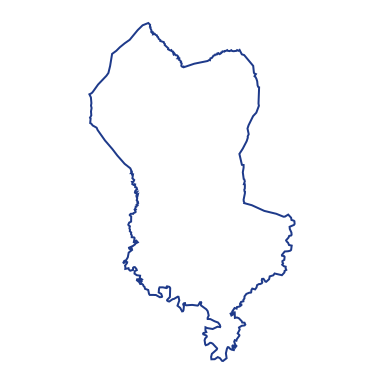 Phana, Amnat Charoen, Thailand (orthographic projection)
{"feature_id": "78962969B53965297473531", "entity_name": "Phana", "entity_type": "district", "adm_level": 2, "iso_a3": "THA", "parent_name": "Thailand", "parent_adm1": "Amnat Charoen", "projection": "orthographic", "projection_center": [104.854, 15.662], "detail": "fine", "context": "isolated", "style": "outline", "palette": "blue", "viewbox_px": 384, "rotation_deg": 0, "n_neighbors": 0, "source": "geoboundaries", "source_scale": "gbopen_adm2", "svg_char_len": 5997}
<svg xmlns="http://www.w3.org/2000/svg" viewBox="0 0 384 384"><path d="M234.6,350.3L232.8,348.8L232.4,345.9L232.9,345.4L234.0,345.7L234.4,347.4L235.0,347.8L236.4,346.0L235.3,344.8L234.2,341.7L234.8,340.2L236.4,340.7L236.8,339.2L239.4,335.6L239.3,334.9L237.7,333.4L239.7,329.6L239.0,327.5L241.7,325.8L244.6,325.4L245.3,324.6L244.5,322.7L242.2,322.5L241.7,321.2L238.8,318.2L237.0,317.5L234.9,317.9L234.7,312.3L234.3,312.3L234.1,313.5L233.4,314.3L231.4,315.5L230.6,313.6L232.2,312.8L232.2,311.6L234.6,308.0L236.6,308.6L236.9,307.1L239.6,306.5L241.4,305.2L241.4,304.6L240.1,304.5L240.0,303.9L241.1,301.9L243.4,301.3L243.4,299.8L244.4,298.5L244.5,296.4L246.4,293.9L249.3,292.7L250.8,292.7L251.2,292.2L251.4,290.1L252.3,288.6L255.1,289.4L256.5,287.5L257.1,285.1L259.1,284.0L260.0,284.1L261.8,283.3L262.3,282.2L261.7,280.3L262.1,278.9L263.5,278.8L265.4,281.6L266.2,281.8L269.1,279.2L269.7,276.4L273.3,275.3L274.6,273.5L281.9,275.2L284.4,272.5L284.6,270.9L286.3,269.9L285.6,268.2L285.7,266.7L283.9,266.2L282.2,264.7L283.1,263.4L282.4,262.1L282.4,261.1L284.3,259.8L284.6,256.9L284.2,256.2L282.0,255.7L281.9,255.0L284.7,251.5L288.4,251.2L290.4,250.6L291.1,249.9L291.7,245.6L289.0,245.0L288.1,242.8L286.7,241.5L286.1,240.3L288.5,237.6L289.2,235.9L291.1,235.5L291.6,234.8L291.4,232.5L289.8,229.0L289.6,226.8L294.0,224.9L294.6,223.9L294.4,221.2L293.7,220.6L291.5,220.0L291.1,217.7L288.2,214.6L284.9,216.6L283.5,216.7L276.3,213.8L264.3,210.9L251.8,205.2L244.2,203.1L244.4,202.6L243.8,201.6L243.6,199.7L244.9,193.3L245.0,191.8L244.6,191.6L244.3,189.7L244.8,188.5L244.9,185.9L244.8,184.3L243.9,184.2L244.8,181.4L244.3,179.4L243.7,179.0L242.8,172.3L243.6,167.7L243.6,165.0L241.9,164.8L239.4,153.9L242.8,148.6L246.7,141.1L247.8,137.7L247.7,136.4L248.7,134.2L247.5,128.5L248.6,125.2L253.1,116.1L256.3,112.7L258.9,105.8L258.5,103.6L259.1,87.3L258.2,86.9L257.6,85.4L257.2,81.3L256.4,78.8L255.6,77.2L254.5,76.2L255.9,74.1L254.3,73.4L253.9,72.6L253.2,65.9L244.2,55.1L241.8,54.3L239.6,50.0L238.7,50.8L237.1,50.1L236.6,50.8L233.7,51.2L232.1,51.0L231.3,50.2L229.7,51.1L227.3,50.7L227.1,50.2L225.3,51.1L224.6,51.0L224.3,51.6L222.5,51.4L222.1,52.2L221.2,52.5L221.2,53.1L219.7,54.1L218.4,53.1L217.3,53.5L217.4,54.2L216.8,54.5L215.1,54.6L214.8,55.3L213.5,55.6L212.0,57.8L210.4,58.4L210.0,60.2L209.2,60.0L207.6,61.0L194.3,63.7L183.9,67.2L183.6,66.6L182.9,67.0L182.0,66.6L181.3,65.8L181.7,63.4L180.8,62.5L181.1,61.8L180.4,60.7L179.2,60.0L179.3,58.8L177.9,58.5L178.7,57.9L177.9,57.5L178.2,56.5L176.8,55.2L176.0,55.3L174.5,54.2L173.7,54.6L173.5,54.1L174.4,53.4L173.2,51.9L172.9,52.2L172.5,51.4L171.7,51.1L171.3,50.1L170.4,50.5L168.1,49.3L168.3,48.3L164.7,45.0L164.9,44.1L164.0,43.1L163.8,42.1L160.3,41.0L160.4,40.2L158.7,38.8L157.9,36.9L157.2,36.6L156.9,35.4L155.5,34.8L154.8,33.9L153.1,34.3L153.4,33.1L152.7,32.9L152.7,32.1L152.2,32.0L151.9,32.6L151.2,31.9L151.5,30.4L150.4,28.3L150.6,27.3L149.9,26.9L150.1,24.8L148.3,23.0L142.6,25.3L137.7,30.1L129.7,39.8L124.7,43.3L119.8,47.3L116.3,50.8L112.1,53.9L110.1,66.0L108.4,73.0L106.4,75.8L98.1,84.5L92.8,91.9L91.6,93.2L89.4,94.3L90.9,97.4L91.4,103.2L91.0,105.7L91.6,108.0L91.0,111.4L91.3,115.4L90.0,117.8L90.6,118.5L90.2,123.1L91.3,123.7L92.7,125.5L96.6,127.7L97.6,130.0L105.0,140.5L112.4,149.1L117.3,155.5L124.6,163.8L130.3,168.3L131.7,171.4L131.3,171.5L131.6,172.1L131.0,173.1L131.9,173.1L132.0,174.5L133.0,174.4L132.4,178.3L134.2,180.0L133.4,181.8L132.1,181.9L132.5,182.7L132.3,184.1L133.6,184.9L134.5,184.2L135.1,184.4L134.7,185.4L135.4,186.3L135.2,187.2L136.6,187.7L137.1,189.5L136.5,189.6L135.4,190.8L135.7,191.7L135.1,191.7L134.9,192.3L135.2,192.8L136.8,192.3L136.0,193.4L136.7,193.7L137.1,194.9L137.9,194.4L137.4,196.5L136.5,196.4L137.2,198.7L136.7,200.2L137.2,200.7L137.3,201.8L137.9,201.8L138.1,203.0L137.6,203.1L137.5,203.9L136.9,204.5L137.6,204.8L137.7,205.3L136.5,206.1L136.4,206.6L135.7,206.6L135.4,208.4L134.8,209.3L135.7,209.7L135.0,210.5L135.6,211.5L135.5,212.2L133.4,213.2L133.2,213.8L130.8,213.8L129.8,214.7L129.8,215.3L131.2,216.4L131.1,221.6L129.2,222.6L128.3,224.6L128.6,225.4L129.9,226.3L129.4,228.3L130.0,229.7L129.8,231.2L131.2,232.5L131.0,234.2L131.8,235.3L131.7,237.2L134.0,237.4L134.6,238.1L133.8,242.2L134.4,242.4L135.6,240.8L136.3,240.6L137.8,242.3L135.7,243.4L135.0,244.4L133.0,245.9L129.0,247.7L129.2,248.6L130.4,249.4L131.2,248.3L131.7,248.3L132.1,249.9L128.7,252.6L127.8,257.3L126.1,260.2L124.3,260.9L123.4,262.6L123.8,263.0L125.8,261.4L127.2,262.2L126.9,263.2L125.0,265.7L125.4,267.1L125.3,268.9L128.5,268.2L128.8,269.4L130.2,270.7L133.0,269.9L133.1,267.7L133.7,267.2L134.8,267.1L136.3,268.8L136.8,270.1L134.7,271.2L134.5,273.6L136.8,275.2L140.1,275.7L139.8,278.1L141.9,279.4L140.4,280.4L141.7,281.2L141.3,281.8L140.3,281.5L138.7,279.2L137.1,279.3L136.9,280.3L139.2,282.1L140.2,284.0L141.8,283.8L143.1,284.8L143.7,286.3L144.6,287.0L145.0,288.8L148.2,290.0L149.0,293.8L149.7,294.9L155.9,295.0L159.8,297.2L161.8,297.0L162.1,296.4L161.2,293.9L158.7,292.5L159.0,288.8L159.6,287.3L162.8,287.3L166.4,288.1L167.0,287.8L166.6,286.8L167.0,286.3L169.4,286.9L170.2,288.1L169.9,297.0L167.2,299.8L167.1,300.5L168.2,301.3L169.3,301.5L172.6,299.2L174.0,298.9L177.7,296.7L178.5,296.8L179.3,300.4L177.5,305.7L180.2,307.9L182.1,311.4L183.0,311.2L183.5,310.1L183.9,306.4L183.2,304.2L184.1,303.2L185.0,303.1L185.3,304.9L186.2,305.3L192.2,304.9L197.6,305.6L198.2,305.3L200.0,302.2L201.1,302.2L201.3,302.8L200.7,304.2L201.1,305.5L206.3,309.3L207.7,311.2L208.7,315.5L207.6,318.0L207.7,319.0L210.4,319.1L214.7,321.3L218.0,322.5L219.8,324.8L220.3,326.5L220.1,327.1L217.5,326.7L212.7,329.0L207.3,328.1L205.5,327.3L205.4,330.2L206.3,332.1L203.5,333.0L203.1,333.6L203.3,334.3L206.1,335.4L206.8,336.2L206.7,336.9L205.2,338.4L204.6,340.2L205.2,344.3L205.8,345.2L207.9,344.5L210.1,342.8L211.1,342.9L212.6,343.6L217.1,348.4L216.8,349.5L211.9,353.8L211.1,356.9L211.4,359.3L214.7,359.2L217.8,357.1L220.0,358.2L222.0,360.8L223.0,361.0L226.6,358.2L225.9,353.3L226.9,348.9L227.7,347.2L228.6,347.2L230.1,348.8L231.5,349.6L234.6,350.3Z" fill="none" stroke="#1e3a8a" stroke-width="2"/></svg>